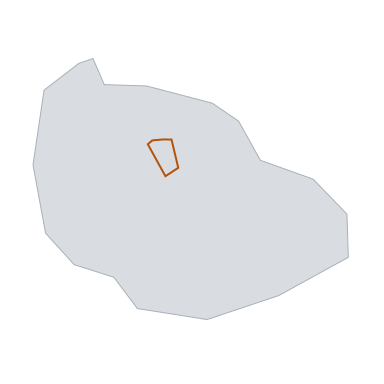 Mauritius, with Vacoas-Phoenix highlighted, rotated 94°
{"feature_id": "MUS-5196", "entity_name": "Vacoas-Phoenix", "entity_type": "City", "adm_level": 1, "iso_a3": "MUS", "parent_name": "Mauritius", "parent_adm1": "", "projection": "robinson", "projection_center": [57.481, -20.303], "detail": "fine", "context": "in_parent", "style": "outline", "palette": "amber", "viewbox_px": 384, "rotation_deg": 94, "n_neighbors": 0, "source": "natural_earth", "source_scale": "10m", "svg_char_len": 543}
<svg xmlns="http://www.w3.org/2000/svg" viewBox="0 0 384 384"><g transform="rotate(94 192 192)"><path d="M243.3,335.2L176.0,352.5L100.7,346.7L71.5,313.8L65.8,300.1L91.0,287.0L89.4,244.8L102.0,177.9L118.1,150.4L155.6,126.0L170.8,72.0L203.2,35.9L246.2,31.5L289.1,98.0L318.2,168.1L312.1,238.3L282.5,264.0L272.7,304.5L243.3,335.2Z" fill="#d9dde1" stroke="#a8b0b8" stroke-width="1"/><path d="M147.4,239.4L143.3,235.2L141.6,224.7L141.1,216.1L168.8,207.4L178.1,219.6L153.8,235.3L147.4,239.4Z" fill="none" stroke="#b45309" stroke-width="2"/></g></svg>